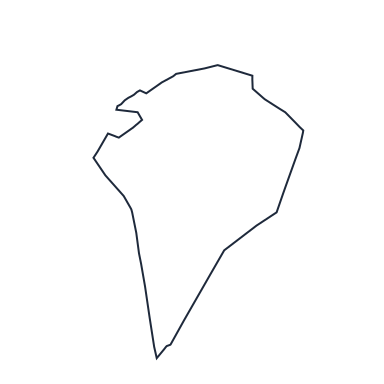 outline of Santa María Nduayaco, Oaxaca, Mexico, rotated 54°
{"feature_id": "50627088B11390795359307", "entity_name": "Santa María Nduayaco", "entity_type": "district", "adm_level": 2, "iso_a3": "MEX", "parent_name": "Mexico", "parent_adm1": "Oaxaca", "projection": "robinson", "projection_center": [-97.514, 17.403], "detail": "fine", "context": "isolated", "style": "outline", "palette": "slate", "viewbox_px": 384, "rotation_deg": 54, "n_neighbors": 0, "source": "geoboundaries", "source_scale": "gbopen_adm2", "svg_char_len": 1159}
<svg xmlns="http://www.w3.org/2000/svg" viewBox="0 0 384 384"><g transform="rotate(54 192 192)"><path d="M305.7,318.2L304.3,312.7L302.8,306.9L301.9,303.8L301.8,302.9L302.8,299.5L302.8,299.0L291.0,273.6L269.7,226.2L258.1,200.2L257.1,159.5L258.2,135.5L246.6,118.9L240.5,110.0L225.9,88.6L219.6,79.2L209.3,67.5L207.6,65.8L202.8,66.7L196.3,67.6L182.3,69.7L175.9,72.3L169.8,74.7L159.8,78.6L157.8,79.1L152.9,80.2L144.1,82.2L138.6,78.5L136.5,77.1L133.4,74.8L104.5,96.6L104.3,97.0L99.4,109.2L87.1,135.4L87.3,139.2L85.6,152.0L85.4,164.9L85.3,171.0L79.2,174.4L78.8,177.7L79.2,181.8L78.9,184.9L78.4,188.1L78.3,192.5L79.3,197.7L79.0,200.2L78.7,201.8L81.0,204.8L95.5,189.1L103.1,189.9L104.3,190.0L104.6,193.8L104.8,195.6L104.9,197.6L104.9,198.0L105.1,199.9L105.2,201.7L105.3,202.2L105.2,203.3L105.2,205.3L105.0,217.1L105.0,219.2L104.6,219.5L102.7,220.8L101.5,221.5L100.3,222.3L99.1,223.1L97.7,224.0L95.3,225.6L103.8,244.7L106.4,251.6L127.7,252.3L155.1,249.6L167.2,250.9L168.2,251.0L168.8,251.1L169.0,251.1L170.4,251.3L173.3,252.4L192.3,261.1L210.4,270.9L220.2,275.4L241.0,285.6L268.5,300.0L295.0,313.6L305.7,318.2Z" fill="none" stroke="#1e293b" stroke-width="2"/></g></svg>